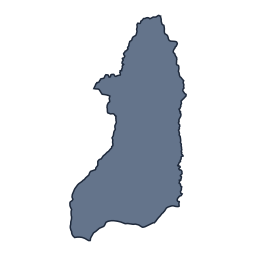 the district of San Joaquín, Santander, Colombia
{"feature_id": "7082276B31143382537536", "entity_name": "San Joaquín", "entity_type": "district", "adm_level": 2, "iso_a3": "COL", "parent_name": "Colombia", "parent_adm1": "Santander", "projection": "orthographic", "projection_center": [-72.849, 6.47], "detail": "fine", "context": "isolated", "style": "filled", "palette": "slate", "viewbox_px": 256, "rotation_deg": 0, "n_neighbors": 0, "source": "geoboundaries", "source_scale": "gbopen_adm2", "svg_char_len": 5835}
<svg xmlns="http://www.w3.org/2000/svg" viewBox="0 0 256 256"><path d="M74.6,237.5L77.4,237.1L79.6,237.1L82.1,237.4L84.8,238.4L88.7,240.6L90.1,240.6L90.4,240.0L90.4,238.7L91.2,236.9L93.5,232.9L95.9,231.3L99.3,228.3L103.7,226.4L104.5,225.4L106.0,222.3L108.0,221.3L111.2,220.7L113.7,220.7L117.4,221.2L120.8,222.0L125.2,223.7L127.8,223.5L133.2,224.3L135.4,224.1L138.6,224.9L142.3,227.2L143.7,227.1L145.1,226.7L148.0,225.3L153.1,222.8L154.4,222.8L155.7,221.2L156.3,220.7L156.6,220.0L158.5,217.6L160.0,216.1L161.9,213.6L163.3,212.5L163.7,211.8L164.3,211.3L165.0,210.3L166.3,208.1L166.9,207.7L168.4,206.9L172.0,205.8L173.6,205.9L175.5,206.4L177.3,206.6L178.2,206.6L179.1,206.2L179.1,205.5L178.9,203.2L179.3,202.0L179.2,201.6L177.9,201.3L177.5,200.9L177.2,200.4L177.2,199.9L177.4,198.9L177.9,198.0L178.8,197.1L178.9,196.7L179.8,196.0L180.8,195.8L181.3,195.4L182.2,193.9L181.7,193.6L181.1,193.5L180.8,193.3L180.5,191.8L180.5,191.2L181.1,190.5L181.2,189.8L181.5,189.0L181.3,188.1L181.8,186.9L181.6,186.6L180.9,186.4L180.6,185.7L180.4,184.1L180.1,183.8L179.2,183.3L179.1,183.1L179.6,181.5L179.3,180.2L179.7,180.1L180.6,180.4L180.8,180.2L181.0,178.9L181.4,177.6L181.4,176.7L180.4,176.0L180.3,175.8L180.4,175.4L181.0,174.8L181.6,174.4L182.1,173.4L181.9,172.6L182.0,171.8L181.5,170.6L180.7,169.9L179.6,169.9L178.8,168.8L178.9,168.4L180.1,167.3L180.2,167.0L180.0,166.4L179.4,166.0L179.0,165.9L178.5,166.1L178.1,166.0L177.7,165.3L178.5,164.5L179.1,162.7L179.5,162.2L180.4,161.7L180.5,161.4L180.2,160.6L180.3,160.2L180.8,159.6L181.1,158.8L181.2,156.9L181.5,156.5L183.1,156.0L183.0,155.6L182.4,154.8L182.0,154.6L181.6,153.9L181.5,153.4L181.8,152.6L181.8,152.3L181.4,152.0L181.3,151.1L181.8,149.8L181.5,148.4L181.5,147.1L181.1,145.9L181.3,144.2L181.1,143.7L180.4,142.6L180.7,140.9L180.6,139.4L180.2,136.6L180.0,136.1L179.4,135.6L179.2,134.6L179.5,133.1L179.1,132.3L179.0,131.4L178.5,130.1L178.9,129.5L179.4,128.9L179.4,128.5L179.2,127.7L179.3,127.1L179.7,126.6L179.8,126.2L179.6,124.7L178.9,124.1L178.5,123.0L178.5,122.4L178.7,122.1L179.0,122.0L179.1,121.6L178.8,120.8L178.8,120.6L179.1,120.1L178.9,119.6L180.7,116.3L181.0,114.8L180.8,113.7L180.3,113.3L180.2,113.1L180.5,112.5L180.5,111.8L179.8,111.7L179.7,110.4L179.1,109.6L179.0,109.1L179.1,108.9L179.6,108.8L179.9,108.6L180.1,108.2L180.3,107.5L180.9,106.2L180.7,105.0L180.8,104.6L181.3,104.0L181.5,103.5L181.1,101.5L181.2,100.8L181.8,100.5L182.5,99.4L183.4,98.9L184.3,97.8L186.0,96.0L186.1,94.4L185.9,94.2L185.1,93.8L184.7,93.5L182.9,90.9L182.8,90.0L183.0,89.4L183.2,88.9L183.9,88.3L184.0,88.0L183.6,86.7L183.9,84.7L183.2,82.9L183.2,82.0L183.7,80.7L182.4,79.3L180.9,77.4L180.3,77.1L180.1,76.8L179.5,75.6L179.0,72.7L178.6,72.0L178.4,71.3L178.9,68.7L178.8,66.6L178.6,65.9L178.4,65.5L178.0,65.3L176.7,64.7L176.4,64.0L176.5,63.3L176.6,60.1L176.9,59.2L176.6,58.4L176.7,57.7L175.6,56.1L175.0,54.8L174.8,53.8L173.8,52.9L173.2,52.0L173.4,50.6L173.9,49.4L174.8,48.3L175.4,46.7L175.9,46.5L176.3,46.0L177.2,44.1L177.3,43.3L176.6,42.0L175.9,41.6L174.9,41.4L170.6,41.1L169.4,40.5L168.8,39.8L168.3,38.6L168.1,37.3L167.5,35.7L166.9,35.0L164.8,33.6L164.5,32.9L164.3,31.2L164.4,28.8L164.0,25.9L163.8,25.3L162.6,24.7L162.0,24.0L161.7,23.1L161.2,21.2L161.2,19.3L160.6,16.9L160.6,16.1L160.0,16.1L159.1,15.5L158.4,15.4L156.0,17.0L154.4,17.1L153.4,17.0L153.0,17.1L151.3,18.1L149.9,18.7L149.5,18.6L149.0,18.0L148.0,17.7L147.1,17.7L146.1,17.9L145.1,18.5L143.7,18.5L143.3,18.8L142.9,19.4L141.7,20.7L140.8,21.2L140.6,22.6L140.2,23.3L139.6,23.5L138.2,23.2L137.7,23.2L137.5,23.4L137.4,24.1L136.9,24.7L137.2,26.8L137.1,27.4L136.6,29.2L137.0,31.4L136.2,34.6L135.6,35.5L133.3,36.8L132.9,37.2L132.2,38.4L131.9,39.7L131.7,40.1L130.9,40.8L129.7,41.5L129.5,42.6L129.0,43.8L128.8,45.5L128.6,46.2L127.8,47.1L127.6,47.7L128.0,48.8L127.7,49.3L127.4,49.4L127.1,49.8L126.6,50.6L125.2,51.2L124.5,52.6L123.8,53.1L123.6,53.4L123.6,53.8L123.8,54.7L124.7,55.9L124.7,56.4L124.2,57.5L123.8,57.9L122.7,58.1L122.4,58.3L122.3,58.6L122.5,59.0L123.2,60.0L123.1,60.4L122.5,61.2L122.1,62.1L122.0,63.0L122.1,63.4L122.6,64.0L123.5,64.1L123.7,64.4L123.1,65.1L122.7,65.3L122.2,66.1L122.4,67.8L121.7,69.2L121.6,70.7L120.5,70.6L120.1,70.7L120.2,71.7L119.9,72.0L119.8,72.3L120.2,73.2L120.4,74.7L120.3,75.0L117.9,75.5L116.8,75.9L116.0,76.4L115.6,76.4L115.3,76.3L114.9,76.1L113.9,74.5L113.2,74.3L111.4,74.5L110.8,74.9L110.4,76.8L109.5,77.1L109.1,77.1L108.9,76.8L108.7,76.0L108.2,75.1L107.8,74.9L105.9,74.7L105.1,75.7L104.3,77.5L103.7,78.3L101.5,78.7L100.6,79.0L100.4,79.3L100.1,80.3L99.6,80.7L99.0,82.0L98.2,82.4L96.9,82.6L96.7,82.8L96.7,83.4L95.8,84.0L95.3,85.6L94.8,86.5L93.8,88.6L95.7,88.9L97.8,89.0L98.8,89.3L99.3,89.8L102.0,94.1L102.5,94.3L104.3,94.5L106.1,94.8L108.5,95.5L109.9,96.1L109.2,98.6L109.6,100.3L109.7,101.7L109.2,102.2L108.4,102.7L107.2,105.2L107.0,107.6L107.3,108.5L107.4,111.7L107.7,112.8L110.5,113.9L112.9,113.7L113.3,113.8L114.5,114.5L114.8,115.3L115.0,115.6L115.8,115.9L116.0,116.4L115.8,116.8L115.9,117.6L115.8,118.5L116.0,119.0L115.9,120.1L116.2,121.2L116.3,122.6L114.9,125.7L114.8,126.1L115.0,127.0L114.9,127.8L115.3,128.8L115.3,129.4L114.2,131.1L113.8,132.3L113.3,135.7L112.0,137.9L112.7,139.5L112.8,140.2L112.6,141.8L112.6,142.9L112.9,143.7L112.8,145.7L111.7,146.6L111.6,148.0L110.3,149.2L108.5,151.4L107.2,152.2L105.0,154.5L103.3,155.8L101.3,158.8L99.2,159.6L98.0,161.0L97.8,161.4L97.8,165.1L97.5,165.8L96.0,167.6L95.8,168.1L95.7,169.2L95.3,169.7L94.8,169.9L90.5,171.4L89.6,172.9L88.8,175.1L85.7,177.8L84.4,179.5L83.1,180.3L81.9,181.5L78.8,183.7L77.6,184.9L74.9,188.6L74.3,189.8L72.3,194.6L72.0,196.9L72.3,197.9L72.8,198.9L72.9,199.5L72.0,200.7L70.3,201.9L70.0,202.5L69.9,203.3L70.0,205.8L70.7,207.7L71.6,209.4L71.1,211.5L71.1,213.5L71.2,215.2L71.6,216.9L71.5,219.1L70.8,221.9L70.7,224.3L70.3,226.0L70.3,227.9L71.0,230.4L71.6,231.5L71.7,233.0L72.2,234.6L73.0,235.9L74.6,237.5Z" fill="#64748b" stroke="#1e293b" stroke-width="1.5"/></svg>